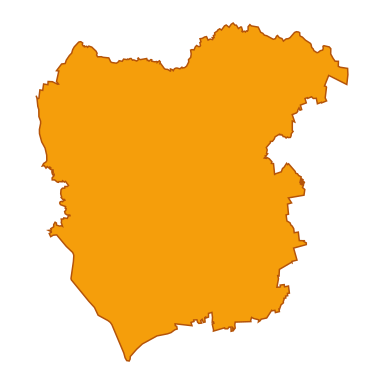 the district of Tres Valles, Veracruz, Mexico
{"feature_id": "50627088B63503421753996", "entity_name": "Tres Valles", "entity_type": "district", "adm_level": 2, "iso_a3": "MEX", "parent_name": "Mexico", "parent_adm1": "Veracruz", "projection": "natural_earth1", "projection_center": [-96.161, 18.292], "detail": "fine", "context": "isolated", "style": "filled", "palette": "amber", "viewbox_px": 384, "rotation_deg": 0, "n_neighbors": 0, "source": "geoboundaries", "source_scale": "gbopen_adm2", "svg_char_len": 5787}
<svg xmlns="http://www.w3.org/2000/svg" viewBox="0 0 384 384"><path d="M177.2,329.0L176.7,326.3L175.3,325.7L175.1,323.8L192.0,325.7L191.0,322.4L194.0,321.5L193.7,320.0L196.9,319.8L197.6,322.2L198.8,323.4L201.6,323.1L200.7,320.6L202.1,319.3L203.4,322.4L205.1,322.0L204.7,317.6L205.7,317.0L205.9,318.0L208.5,317.1L208.5,313.4L211.9,312.4L212.5,317.4L212.2,322.2L213.5,321.9L213.9,323.3L212.2,324.0L213.5,329.7L213.4,331.1L224.6,327.8L225.0,328.8L227.7,328.8L229.0,327.1L230.9,327.1L231.1,331.3L233.1,330.8L232.7,327.7L233.7,328.7L233.9,329.8L235.2,328.1L234.8,324.8L235.2,322.1L250.9,321.6L250.7,320.3L251.6,317.4L253.7,318.5L258.8,319.8L258.4,321.9L260.3,320.6L261.1,319.2L266.7,318.0L271.7,310.3L272.3,310.8L274.9,310.3L275.4,312.6L279.4,311.6L279.0,309.3L279.4,309.5L281.0,304.9L283.4,302.8L283.3,301.5L284.1,299.2L283.9,298.3L285.8,298.0L285.6,296.1L287.7,295.7L287.4,293.4L289.4,293.1L288.5,286.0L284.5,286.8L284.2,284.6L282.4,284.8L280.2,285.1L280.4,286.8L280.0,287.1L276.9,287.2L278.5,278.7L277.7,275.6L278.7,275.5L279.0,276.7L279.4,269.4L291.5,262.3L292.0,262.7L291.9,261.4L297.0,260.1L293.6,248.1L306.3,244.6L306.3,242.9L303.7,241.4L304.1,240.7L299.3,240.6L298.3,232.1L294.2,232.7L293.7,228.6L292.2,226.1L290.9,225.0L290.0,222.8L286.9,220.9L286.1,214.9L288.5,214.2L287.5,204.1L291.6,202.9L288.4,197.9L304.0,195.2L304.8,189.5L302.5,187.5L303.5,185.1L303.1,184.9L304.4,182.3L303.4,181.3L301.8,184.7L300.6,184.1L303.0,179.7L301.9,179.0L299.8,183.3L301.2,176.9L298.6,175.5L297.5,173.8L295.8,173.3L295.1,171.3L288.6,163.8L287.7,164.6L286.6,163.3L284.1,167.2L282.5,168.5L281.3,171.8L274.6,174.1L274.7,175.2L273.5,163.6L271.4,163.4L271.9,161.7L269.2,158.7L266.9,157.5L266.3,158.4L264.3,158.0L265.6,156.6L265.4,155.8L266.0,155.9L267.6,153.8L266.5,153.5L267.2,149.9L266.3,147.5L270.3,142.8L270.4,141.5L272.5,141.3L274.2,139.1L275.1,136.8L279.4,134.2L279.8,134.8L280.8,134.4L281.1,135.0L282.3,135.0L283.2,136.6L284.6,136.6L286.1,138.0L287.3,137.0L288.3,137.6L290.4,137.4L291.1,135.8L291.3,133.7L293.1,131.4L292.3,130.5L292.3,121.0L294.7,122.0L292.2,114.6L296.5,112.9L297.7,111.4L297.8,110.1L299.0,107.9L300.0,110.2L301.7,109.6L300.4,105.1L306.3,102.9L305.0,98.5L307.4,97.7L307.7,98.4L311.5,96.8L313.3,98.5L316.3,98.3L317.4,103.8L321.4,102.3L321.6,102.9L326.6,100.9L325.2,97.9L326.5,87.2L325.9,86.4L324.5,86.0L328.7,75.4L346.8,84.5L347.9,74.7L347.6,68.4L340.0,67.2L338.3,66.3L338.4,61.3L335.1,61.2L333.1,58.4L330.7,54.0L330.8,48.7L329.2,46.9L323.9,45.7L323.0,46.3L323.2,48.6L322.6,50.1L320.3,50.7L318.2,52.4L317.0,52.7L313.8,50.6L313.3,49.1L311.7,47.4L311.0,44.2L310.2,43.2L305.5,40.2L302.4,37.1L300.4,36.2L299.8,35.3L299.7,32.7L298.5,32.0L296.4,31.7L294.5,32.5L290.1,37.6L288.4,38.6L286.1,38.9L283.4,41.1L282.0,38.6L279.3,37.6L277.5,35.5L276.5,36.2L275.4,38.6L273.3,39.3L266.7,35.7L264.4,35.2L262.8,33.3L260.7,32.3L258.2,27.1L251.3,25.9L249.9,24.6L248.1,26.7L248.1,29.9L247.4,31.2L246.4,30.9L245.4,32.0L244.5,31.2L242.5,31.9L241.9,31.2L242.5,30.4L241.5,27.1L240.9,26.9L238.4,28.5L236.4,25.2L234.9,25.1L233.1,23.0L231.2,24.3L229.1,27.3L226.2,25.0L224.5,25.9L221.5,30.0L219.7,28.8L217.8,30.0L217.5,30.8L214.6,32.9L214.9,34.9L213.4,35.5L214.1,37.5L212.4,37.6L213.1,38.5L212.6,39.6L210.1,39.1L208.1,40.1L206.5,36.6L204.6,37.0L202.2,38.4L200.0,38.7L201.0,41.8L199.9,42.5L200.5,45.6L199.8,46.5L198.5,46.6L196.6,45.5L195.3,46.9L194.0,49.9L191.9,49.6L190.6,50.1L191.2,54.0L190.7,57.4L188.5,59.6L188.7,62.0L186.6,66.1L184.7,67.6L182.4,68.0L181.9,67.2L179.9,68.8L176.9,68.0L175.5,68.2L174.4,68.8L173.2,70.7L172.4,69.7L170.5,69.0L170.6,70.9L170.3,71.1L167.6,69.4L165.3,69.2L164.3,68.5L160.5,63.3L159.9,63.5L160.3,61.9L159.4,60.8L157.2,62.5L157.2,61.7L156.6,61.5L154.7,61.8L151.8,61.2L151.7,59.7L150.8,59.6L149.0,61.1L148.0,60.2L147.3,60.4L146.7,58.5L140.5,59.6L139.4,59.3L138.4,58.0L137.9,58.3L138.4,58.8L137.8,60.3L136.6,61.0L133.8,59.9L132.5,60.2L131.1,58.5L129.8,58.6L128.8,59.5L127.8,59.0L127.1,59.6L123.6,59.1L122.2,61.3L119.1,60.7L118.6,61.7L116.4,63.2L111.8,62.5L110.7,61.8L108.8,57.9L103.1,57.3L101.3,56.7L97.6,56.8L96.6,55.0L97.1,53.3L96.0,51.1L91.8,47.1L88.8,46.1L87.6,47.3L86.7,46.3L84.4,46.8L84.3,45.9L83.2,45.9L82.3,44.6L82.7,43.0L80.8,41.7L79.8,41.8L78.7,42.1L74.3,46.8L72.7,49.6L71.7,53.1L69.4,55.5L66.3,60.1L65.2,63.5L61.6,64.0L56.5,70.7L58.8,71.0L56.5,81.5L58.6,84.1L57.8,84.3L52.4,81.7L48.1,81.5L47.9,84.7L43.6,84.0L42.7,90.4L39.9,89.9L38.9,98.2L37.5,98.9L36.1,95.7L37.0,98.4L37.8,106.3L38.8,109.7L38.9,116.6L40.6,121.2L40.6,123.5L39.4,129.5L39.5,133.8L41.7,141.9L45.1,148.2L46.7,155.1L46.8,160.6L45.9,162.0L43.6,163.5L42.3,166.0L44.2,165.6L46.0,168.1L47.2,166.6L48.4,167.7L49.8,167.0L50.8,167.9L49.6,168.5L50.0,169.0L51.5,169.9L53.0,169.9L53.2,173.0L52.4,171.1L51.9,171.4L52.0,172.8L52.7,174.8L53.1,175.0L53.9,174.0L54.2,174.6L54.0,175.7L52.1,177.9L52.2,179.9L54.6,179.9L57.3,182.1L58.5,182.3L58.9,181.6L62.2,181.8L62.5,180.8L64.4,182.1L65.5,181.4L68.5,185.4L67.4,186.5L64.9,186.5L64.7,188.1L62.4,188.2L61.0,189.8L60.7,193.8L61.6,196.9L61.1,197.5L62.7,199.3L64.6,199.5L64.9,200.3L63.4,200.7L62.7,201.7L62.0,201.3L60.3,201.7L59.7,203.0L60.4,204.6L65.6,206.6L65.2,208.2L66.2,208.6L65.7,210.5L64.6,211.5L65.2,213.7L67.3,215.0L69.8,215.1L70.0,215.7L68.4,215.9L67.3,218.4L63.8,217.9L63.6,218.9L61.2,219.1L61.6,221.0L61.2,222.3L62.5,226.3L61.4,225.7L59.6,226.1L56.5,225.1L56.4,223.0L55.1,222.2L53.7,224.5L53.7,226.8L50.8,228.6L51.3,229.6L51.1,230.1L48.6,230.4L51.3,231.7L51.3,232.3L49.2,233.5L50.7,236.7L53.2,235.2L56.7,234.9L66.3,246.4L72.6,252.4L73.4,254.0L73.8,255.7L73.4,261.6L71.0,278.4L71.3,279.8L88.7,301.1L94.5,307.5L98.1,315.2L108.0,320.6L110.3,322.4L111.9,324.7L123.8,353.0L125.1,357.8L126.7,360.6L129.2,361.0L130.1,359.1L130.3,356.5L136.6,349.3L142.4,343.9L157.0,335.9L167.6,333.8L171.0,332.6L174.8,329.8L177.2,329.0Z" fill="#f59e0b" stroke="#b45309" stroke-width="1.5"/></svg>